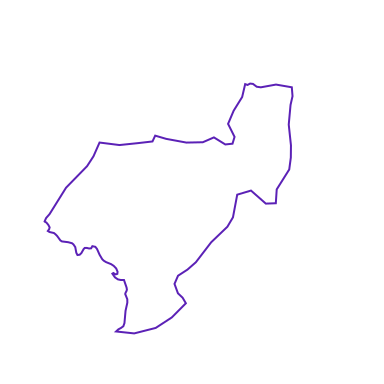 outline of Gaziantep, rotated 146°
{"feature_id": "TUR-3016", "entity_name": "Gaziantep", "entity_type": "Province", "adm_level": 1, "iso_a3": "TUR", "parent_name": "Turkey", "parent_adm1": "", "projection": "robinson", "projection_center": [37.547, 37.105], "detail": "fine", "context": "isolated", "style": "outline", "palette": "violet", "viewbox_px": 384, "rotation_deg": 146, "n_neighbors": 0, "source": "natural_earth", "source_scale": "10m", "svg_char_len": 1481}
<svg xmlns="http://www.w3.org/2000/svg" viewBox="0 0 384 384"><g transform="rotate(146 192 192)"><path d="M330.7,250.0L327.5,252.0L322.5,253.3L294.0,266.0L264.5,272.1L253.7,276.7L241.0,284.7L225.9,271.5L209.4,262.7L196.5,256.0L191.0,259.3L183.7,250.5L169.0,236.1L155.2,227.2L143.3,225.0L137.8,212.8L131.4,209.4L125.9,213.9L124.0,228.3L112.0,236.1L97.3,242.7L87.6,251.7L86.1,249.7L83.2,249.4L81.0,247.5L79.5,243.1L76.4,240.3L62.3,234.1L50.7,223.0L55.1,215.2L61.6,209.1L74.1,193.8L83.9,175.3L90.8,165.3L98.8,156.3L120.3,146.8L128.8,135.8L137.3,141.1L142.3,160.2L156.0,164.5L172.2,148.1L182.1,143.4L204.2,139.6L228.1,131.6L239.2,130.2L250.4,130.4L257.9,125.6L260.3,115.9L258.9,109.6L259.3,103.2L278.9,99.3L298.1,99.6L319.0,107.1L332.9,118.8L329.9,119.3L326.9,119.0L324.0,119.1L321.3,121.1L313.5,130.7L307.5,136.4L305.6,139.3L304.4,144.8L303.3,145.7L301.9,146.4L300.6,147.4L299.7,149.3L297.6,157.1L300.2,158.8L302.3,161.0L303.6,164.3L303.7,168.8L302.5,168.8L301.4,166.4L299.7,165.9L298.3,167.5L297.6,171.0L298.2,174.5L299.4,177.4L302.5,182.0L303.6,184.5L304.0,186.5L303.7,191.6L302.6,197.9L302.8,200.6L304.9,202.8L307.1,201.7L308.9,202.7L310.5,204.5L312.2,205.6L313.7,205.3L317.9,203.2L320.2,202.8L322.2,203.8L321.9,206.3L319.6,211.6L319.6,214.8L320.1,216.6L322.7,219.6L327.5,223.8L328.2,225.5L328.4,231.0L328.8,233.2L329.4,235.2L332.5,238.5L333.3,240.3L331.3,241.0L329.8,242.3L329.5,245.1L329.8,248.1L330.7,249.9L330.7,250.0Z" fill="none" stroke="#5b21b6" stroke-width="2"/></g></svg>